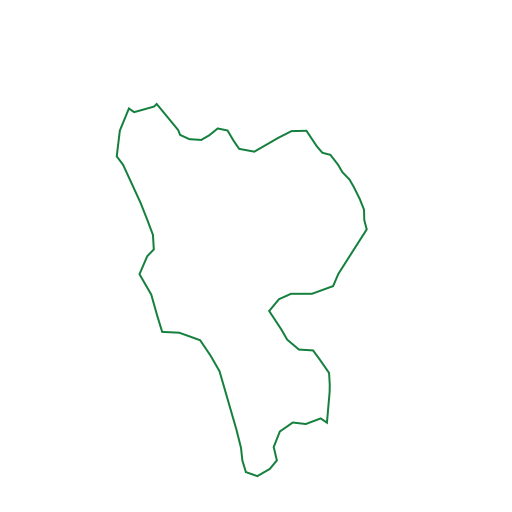 Yangju-si, Gyeonggi, South Korea (orthographic projection), rotated 330°
{"feature_id": "91817680B42166609445104", "entity_name": "Yangju-si", "entity_type": "district", "adm_level": 2, "iso_a3": "KOR", "parent_name": "South Korea", "parent_adm1": "Gyeonggi", "projection": "orthographic", "projection_center": [127.01, 37.796], "detail": "fine", "context": "isolated", "style": "outline", "palette": "green", "viewbox_px": 512, "rotation_deg": 330, "n_neighbors": 0, "source": "geoboundaries", "source_scale": "gbopen_adm2", "svg_char_len": 1060}
<svg xmlns="http://www.w3.org/2000/svg" viewBox="0 0 512 512"><g transform="rotate(330 256 256)"><path d="M219.7,64.7L200.8,79.3L185.2,100.1L186.5,110.6L182.6,152.3L179.9,170.5L177.3,186.2L170.8,199.2L161.7,201.8L146.0,213.5L146.0,237.0L140.7,257.9L136.8,274.8L151.1,284.0L165.5,301.0L166.8,319.3L166.8,337.5L152.3,396.3L147.1,414.6L141.9,426.4L139.2,438.1L147.1,447.3L161.5,447.3L171.9,443.4L175.8,430.3L188.9,419.9L204.6,418.6L215.1,426.4L230.8,429.0L234.1,435.8L247.7,416.4L251.7,410.7L255.6,404.2L256.1,403.2L260.8,393.8L259.5,378.1L258.2,366.3L246.4,358.5L241.2,344.1L241.2,332.4L239.9,310.2L254.3,304.9L267.3,306.2L285.6,316.7L307.8,320.6L318.3,312.7L365.2,288.3L367.7,279.1L372.7,269.9L374.4,258.2L375.2,244.9L375.2,236.5L372.7,226.5L372.7,218.1L371.0,205.6L365.1,199.8L363.5,191.4L362.3,172.8L349.2,165.6L334.2,164.8L321.7,164.8L306.7,164.8L295.0,154.8L294.2,144.8L294.1,133.1L286.6,126.4L275.8,128.1L266.6,128.1L256.6,121.4L250.8,113.1L251.6,108.1L246.0,74.7L242.4,75.6L222.4,70.5L219.7,64.7Z" fill="none" stroke="#15803d" stroke-width="2"/></g></svg>